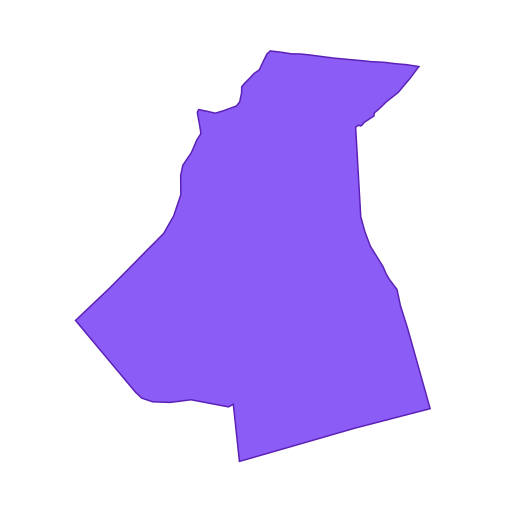 the district of Galabat Ash-Shargiah, Gedarif, Sudan, rotated 262°
{"feature_id": "16777658B9065455828294", "entity_name": "Galabat Ash-Shargiah", "entity_type": "district", "adm_level": 2, "iso_a3": "SDN", "parent_name": "Sudan", "parent_adm1": "Gedarif", "projection": "robinson", "projection_center": [35.988, 13.403], "detail": "fine", "context": "isolated", "style": "filled", "palette": "violet", "viewbox_px": 512, "rotation_deg": 262, "n_neighbors": 0, "source": "geoboundaries", "source_scale": "gbopen_adm2", "svg_char_len": 1281}
<svg xmlns="http://www.w3.org/2000/svg" viewBox="0 0 512 512"><g transform="rotate(262 256 256)"><path d="M80.6,407.2L163.6,396.0L186.9,392.1L203.2,391.0L208.5,388.0L214.3,384.8L220.6,382.3L227.8,380.3L249.8,370.6L264.9,367.2L280.5,365.2L292.1,366.2L292.4,366.2L369.7,372.6L371.3,375.6L370.2,377.6L370.8,379.1L373.2,381.6L376.5,388.5L378.2,392.2L381.3,393.2L384.1,397.7L390.6,406.6L398.2,419.6L410.7,433.5L418.6,441.3L420.9,443.7L424.6,431.5L427.0,420.9L429.9,410.1L432.1,399.0L432.3,397.5L433.9,391.4L436.9,378.6L441.4,359.6L447.8,336.5L449.8,328.4L451.3,319.1L453.9,310.7L457.1,298.7L454.6,295.0L448.2,290.6L439.9,285.2L437.1,279.6L433.5,275.2L428.5,268.6L425.6,265.4L419.2,264.3L410.9,261.3L407.3,257.5L405.2,247.8L404.6,245.2L403.8,240.2L403.1,235.6L406.1,227.7L409.0,219.7L406.8,218.0L405.0,217.9L392.3,218.4L389.9,218.4L387.0,218.5L384.7,218.3L383.3,217.1L379.1,213.5L369.0,207.4L367.1,206.2L363.5,202.9L356.1,196.2L346.2,192.6L338.7,191.6L335.2,191.2L332.1,190.7L327.2,190.1L307.2,180.1L291.2,167.7L286.9,162.0L283.1,157.1L277.9,150.1L265.5,134.0L244.7,106.7L217.3,68.3L138.2,117.5L131.2,123.0L126.0,133.4L123.0,150.3L122.8,159.9L122.7,171.6L110.4,207.8L112.3,212.9L54.9,211.0L68.3,305.6L71.7,329.4L80.6,407.2Z" fill="#8b5cf6" stroke="#5b21b6" stroke-width="1.5"/></g></svg>